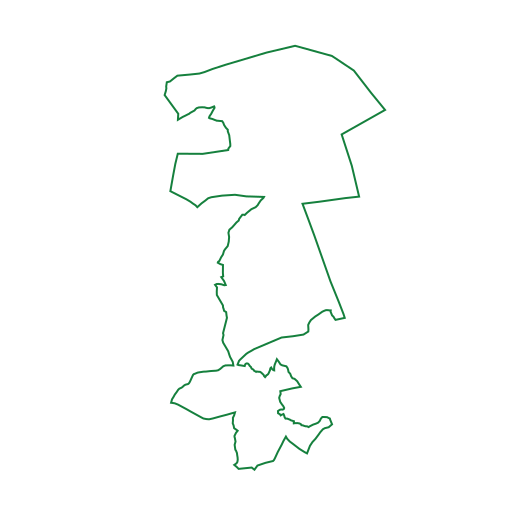 Oru East, Imo, Nigeria, rotated 187°
{"feature_id": "59680162B91755424681987", "entity_name": "Oru East", "entity_type": "district", "adm_level": 2, "iso_a3": "NGA", "parent_name": "Nigeria", "parent_adm1": "Imo", "projection": "mercator", "projection_center": [6.961, 5.722], "detail": "fine", "context": "isolated", "style": "outline", "palette": "green", "viewbox_px": 512, "rotation_deg": 187, "n_neighbors": 0, "source": "geoboundaries", "source_scale": "gbopen_adm2", "svg_char_len": 5069}
<svg xmlns="http://www.w3.org/2000/svg" viewBox="0 0 512 512"><g transform="rotate(187 256 256)"><path d="M365.7,417.6L365.8,413.3L365.4,411.4L365.6,408.6L366.3,404.6L350.5,387.7L350.1,381.7L345.7,385.1L343.2,386.7L341.0,388.2L339.7,389.0L338.7,390.1L337.3,391.1L334.8,392.9L333.8,394.5L332.9,395.5L330.8,396.5L328.0,397.0L325.2,397.3L323.5,397.0L321.8,396.9L320.3,397.1L318.3,398.0L315.8,399.4L315.3,398.6L315.3,397.7L315.9,396.5L316.7,394.6L317.9,391.4L318.6,390.2L319.2,388.9L319.5,387.4L318.6,387.0L316.0,386.7L313.5,386.0L312.1,385.7L311.4,385.5L310.6,385.6L308.8,385.6L307.1,385.7L306.0,385.7L304.7,384.2L303.6,382.1L301.5,379.6L299.4,377.9L299.2,376.3L297.3,372.6L296.0,367.3L295.2,364.1L294.9,362.0L296.5,359.3L296.5,357.8L321.3,350.9L346.1,348.0L347.3,337.7L348.0,326.7L348.4,319.4L348.9,309.9L332.0,303.8L327.7,301.9L324.9,300.3L322.2,299.0L320.2,297.3L316.5,301.6L313.1,304.8L310.5,307.5L307.5,308.9L297.0,311.8L284.3,314.2L272.7,314.0L268.6,314.4L255.3,315.6L255.7,314.6L258.1,311.7L259.8,308.4L260.5,306.7L262.3,304.4L266.3,301.9L270.2,297.8L272.2,295.3L272.9,295.5L274.6,295.3L277.2,290.9L277.5,289.1L279.5,286.9L283.1,281.6L285.6,278.9L286.2,275.7L285.0,271.6L284.8,266.9L285.3,262.4L287.6,258.8L288.4,257.1L289.0,253.4L290.4,250.6L291.8,246.6L292.9,245.6L293.1,244.7L290.4,243.6L287.7,243.1L286.8,235.1L286.1,231.8L287.9,230.8L284.7,227.3L282.5,223.5L283.9,223.1L286.9,223.7L290.0,223.7L291.6,223.4L293.1,222.4L290.9,220.1L290.6,215.8L290.1,212.5L282.8,202.9L282.4,200.9L281.7,199.6L281.0,197.7L278.8,196.7L278.0,193.4L277.3,191.1L279.3,175.4L278.6,173.6L279.1,168.5L278.0,165.9L272.0,158.1L270.4,154.6L269.4,152.6L267.4,149.8L266.2,148.1L265.1,144.5L268.0,144.4L272.9,143.7L275.0,142.6L277.7,139.6L279.6,138.0L281.6,137.3L284.9,136.7L287.4,136.2L291.5,135.2L294.0,134.8L296.5,134.1L298.6,133.5L299.8,133.1L302.4,131.6L303.0,131.4L303.4,131.0L303.9,130.5L304.3,129.4L305.1,126.9L305.9,124.3L306.5,122.6L307.1,121.4L307.9,120.6L309.8,119.9L310.6,119.5L311.4,118.9L312.2,118.0L313.0,117.0L313.9,116.2L314.9,115.6L315.9,115.0L316.9,113.8L318.2,111.2L319.7,108.6L320.6,106.3L321.9,103.5L322.1,102.1L322.4,100.0L321.9,100.0L318.7,99.9L315.3,99.0L306.3,95.5L302.0,93.7L291.0,89.3L288.4,88.3L285.4,88.1L282.7,88.2L279.0,89.5L272.0,92.4L265.4,95.0L261.2,96.8L257.8,98.2L258.3,95.1L259.2,92.6L258.8,89.9L258.7,87.1L257.6,85.1L256.7,82.4L254.2,81.1L252.9,80.3L254.3,78.1L255.4,74.9L255.3,73.9L254.8,72.8L253.7,69.3L254.2,66.0L252.9,61.2L252.1,60.3L250.9,58.1L250.4,56.1L249.7,53.7L249.3,51.5L249.4,49.3L250.0,48.0L251.2,46.8L252.1,46.0L249.2,44.1L247.3,42.6L234.5,45.5L231.5,43.7L229.0,48.2L221.3,51.9L214.1,54.6L213.3,55.7L212.5,57.8L210.5,64.1L207.5,71.9L206.2,75.8L204.3,80.4L202.8,78.4L199.9,76.0L196.4,74.0L189.5,69.9L183.7,67.2L181.3,66.3L179.3,74.2L177.3,78.2L174.7,81.8L171.9,86.7L170.8,88.8L168.5,92.2L166.7,93.5L163.0,94.9L160.0,98.2L162.4,102.5L162.9,103.7L164.0,104.0L165.8,104.7L168.6,104.5L170.5,104.3L171.8,102.5L172.6,100.1L174.1,98.1L176.1,96.9L178.8,95.6L182.2,93.3L182.9,92.6L184.1,93.0L184.7,93.2L185.6,93.0L187.3,93.2L188.8,93.6L190.3,93.6L190.6,94.2L191.1,94.6L192.5,95.1L194.5,95.2L196.8,94.9L198.1,94.5L198.2,95.0L198.2,96.6L201.5,97.2L202.4,97.7L205.2,98.4L206.9,98.2L207.9,99.4L208.7,101.3L209.5,102.5L211.2,101.5L212.1,100.8L212.9,101.8L214.9,102.6L215.3,104.8L213.7,106.2L212.4,106.7L210.7,106.8L209.7,107.6L209.5,108.6L210.6,110.3L212.2,111.9L214.2,114.2L215.7,118.0L215.4,119.9L214.7,122.0L215.4,124.8L203.9,129.0L195.6,131.6L198.4,134.9L199.8,136.7L202.8,138.8L204.9,139.1L206.4,140.8L207.7,143.3L209.6,144.9L210.2,146.8L210.9,148.4L212.4,150.2L216.7,150.7L218.5,151.4L220.5,153.8L222.7,156.1L223.3,153.6L223.8,151.9L224.2,150.3L224.4,148.4L224.3,146.6L224.0,144.7L224.8,144.8L226.3,145.8L226.9,146.5L227.3,147.2L227.7,146.9L228.0,146.3L228.2,145.3L228.2,144.3L228.6,143.1L228.9,142.0L229.2,141.1L229.6,140.2L230.4,139.3L231.0,139.0L231.5,138.3L231.6,137.8L232.2,136.9L232.8,137.4L233.4,137.9L233.9,138.9L235.1,139.8L236.6,140.9L237.8,141.5L239.6,141.4L241.4,141.4L241.8,141.0L242.3,141.3L243.2,141.6L243.8,141.8L244.4,142.6L245.1,143.1L246.3,143.5L246.8,143.9L247.0,144.4L247.4,145.1L248.1,145.6L249.0,146.3L249.5,147.0L250.3,147.8L250.9,148.2L251.9,148.3L252.5,148.1L253.2,147.6L253.5,147.0L253.7,146.1L253.8,145.4L258.0,145.6L260.0,145.6L261.1,145.9L260.9,146.7L260.3,148.9L260.1,149.8L259.2,151.1L255.7,155.3L253.7,157.7L252.0,159.2L249.1,161.3L246.4,163.4L220.7,178.2L209.4,180.9L199.3,183.8L194.9,187.4L195.0,189.5L195.8,193.9L195.0,196.4L193.7,199.1L189.8,203.2L187.0,205.5L184.4,207.9L183.4,208.8L181.5,210.0L179.9,210.8L178.0,211.0L176.3,211.0L175.2,211.1L175.2,209.8L173.2,206.3L171.7,205.2L170.6,203.7L169.3,202.3L160.4,205.4L162.0,208.9L168.0,220.1L179.0,239.9L185.6,253.2L200.4,283.0L208.8,299.3L216.2,313.5L199.7,317.6L174.2,324.4L160.9,327.5L171.9,357.2L185.8,387.1L145.7,416.7L161.8,432.1L181.5,452.0L205.0,463.8L242.8,469.4L270.3,459.2L309.5,442.1L321.8,436.4L329.5,432.3L334.4,430.2L343.9,428.0L353.7,425.9L356.0,425.4L358.8,422.7L362.7,418.7L365.7,417.6Z" fill="none" stroke="#15803d" stroke-width="2"/></g></svg>